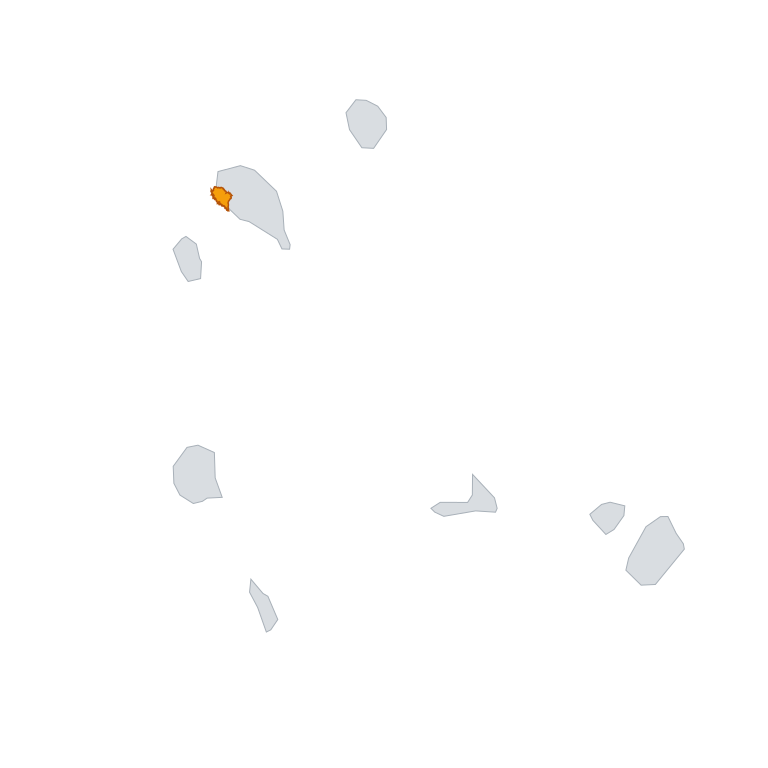 location of Nossa Senhora Da Luz, São Domingos, Cabo Verde, rotated 161°
{"feature_id": "66160863B49789826079472", "entity_name": "Nossa Senhora Da Luz", "entity_type": "district", "adm_level": 2, "iso_a3": "CPV", "parent_name": "Cabo Verde", "parent_adm1": "São Domingos", "projection": "equal_earth", "projection_center": [-23.458, 15.031], "detail": "fine", "context": "in_parent", "style": "filled", "palette": "amber", "viewbox_px": 768, "rotation_deg": 161, "n_neighbors": 0, "source": "geoboundaries", "source_scale": "gbopen_adm2", "svg_char_len": 5604}
<svg xmlns="http://www.w3.org/2000/svg" viewBox="0 0 768 768"><g transform="rotate(161 384 384)"><path d="M482.3,617.3L471.8,638.9L448.7,637.2L436.8,628.3L422.9,601.2L423.4,580.3L428.3,562.1L427.4,546.3L429.4,542.2L436.5,544.9L437.7,555.5L458.7,581.5L466.5,586.6L482.3,617.3ZM182.7,163.8L165.8,168.6L158.7,166.3L156.4,147.7L153.0,135.5L153.8,130.1L192.7,106.1L206.4,110.1L215.9,129.2L209.3,139.8L182.7,163.8ZM573.9,329.5L588.4,333.7L593.9,332.2L603.2,333.1L613.1,345.4L615.0,358.5L610.1,374.8L590.9,388.2L579.8,386.7L566.7,374.4L574.2,350.2L573.9,329.5ZM331.6,652.9L318.0,661.9L308.5,658.0L299.5,648.7L295.2,635.3L298.7,623.8L317.1,610.2L328.0,614.6L333.8,635.7L331.6,652.9ZM370.5,239.4L377.7,246.3L380.1,251.2L369.4,253.8L343.5,244.8L336.6,250.3L329.7,269.7L316.6,240.4L317.5,229.6L320.3,226.5L338.7,234.2L370.5,239.4ZM528.0,587.1L523.2,588.0L515.9,577.4L517.5,562.8L516.7,559.0L523.1,543.4L535.8,544.7L539.0,556.3L539.6,580.1L528.0,587.1ZM231.8,193.8L217.5,199.3L208.7,198.6L196.0,190.4L200.0,181.5L213.8,171.6L223.2,169.5L230.9,187.1L231.8,193.8ZM578.9,230.9L573.4,242.8L566.6,225.3L562.9,221.1L561.1,195.9L571.1,188.4L576.0,187.8L576.2,213.8L578.9,230.9Z" fill="#d9dde1" stroke="#a8b0b8" stroke-width="1"/><path d="M468.3,609.2L468.0,609.5L467.7,610.3L467.7,610.7L468.0,611.1L467.9,611.5L467.7,611.5L467.3,611.7L466.4,611.7L466.7,612.4L466.9,613.1L467.1,613.6L467.6,614.1L467.8,614.1L467.5,614.7L468.1,615.1L468.4,615.1L468.5,615.2L468.5,615.4L468.7,615.1L469.0,615.7L469.2,615.8L469.4,616.0L469.5,616.0L469.8,616.1L471.0,616.0L470.8,616.2L470.6,616.6L470.7,616.8L470.7,617.5L470.8,617.7L470.8,617.8L471.3,618.1L471.4,618.6L471.8,618.8L471.9,619.1L471.7,619.6L471.9,619.8L472.0,620.2L472.3,620.4L472.2,620.5L472.1,620.8L472.3,621.0L472.5,621.3L472.5,621.7L473.0,621.9L473.3,622.4L473.6,622.5L473.8,622.8L474.0,622.8L474.3,622.9L475.0,622.7L475.1,622.9L475.3,622.8L475.5,623.1L475.8,623.1L476.2,623.5L476.4,623.5L476.5,623.7L476.6,623.8L477.4,623.6L477.6,623.8L478.3,624.8L478.7,624.9L479.2,625.3L479.6,625.5L479.9,625.5L480.0,625.6L480.3,625.4L480.3,625.1L480.5,625.1L480.5,624.8L480.7,624.6L480.9,624.4L481.0,624.4L481.1,624.5L481.3,624.4L481.5,624.2L481.7,623.8L481.8,623.8L481.9,623.6L482.1,622.7L482.4,622.4L482.7,622.4L482.9,622.5L483.1,622.3L483.2,622.5L483.4,622.6L483.4,623.0L483.8,623.2L484.0,623.8L484.1,623.3L484.3,623.1L484.6,623.0L484.7,622.8L484.6,622.6L484.9,622.1L484.6,621.7L484.4,621.6L484.4,621.4L484.4,621.2L484.4,620.9L484.5,620.7L484.4,620.5L484.4,620.3L484.5,620.3L484.7,620.1L484.9,619.9L484.8,619.7L485.1,619.5L484.8,619.5L484.8,619.4L484.5,619.7L484.3,619.8L484.3,619.5L484.1,619.5L484.1,619.3L483.9,619.2L483.7,618.8L484.1,618.7L484.2,618.8L484.5,618.6L484.7,618.8L484.8,619.1L484.9,618.7L485.1,618.6L485.1,618.4L484.9,618.4L484.8,618.1L484.7,618.2L484.6,617.9L484.5,618.0L484.4,618.3L484.3,618.2L484.2,618.3L484.0,618.2L483.9,618.1L483.6,617.7L483.8,617.6L483.7,617.4L483.9,617.3L483.9,617.1L484.1,617.1L484.0,616.9L483.9,617.0L483.8,616.8L483.9,616.7L484.0,616.8L484.0,616.7L484.1,616.4L484.3,616.3L484.7,616.7L484.8,616.4L484.7,616.3L484.8,616.2L484.7,616.1L484.8,616.1L484.6,616.1L484.6,615.9L484.5,615.7L484.8,615.4L484.7,615.4L484.6,615.2L484.4,615.3L484.4,615.2L484.2,615.0L484.2,614.8L484.2,614.7L484.1,614.4L484.2,614.2L484.0,613.8L483.8,614.0L483.7,614.2L483.5,614.5L483.4,614.5L483.2,614.8L483.0,614.7L482.9,614.5L482.8,614.3L483.1,614.1L483.1,613.8L483.2,613.7L483.1,613.4L482.9,613.2L482.8,612.9L482.9,612.5L483.0,612.3L483.0,612.1L482.8,612.1L482.9,611.6L482.8,611.3L482.6,611.3L482.7,611.0L482.8,610.7L482.9,610.4L482.8,610.5L482.5,610.4L482.4,610.2L482.5,609.7L482.6,609.4L482.2,609.6L482.0,610.0L481.9,610.0L482.0,609.8L481.8,609.9L481.5,609.7L481.4,609.8L481.2,610.0L480.9,610.1L480.7,610.1L480.7,609.8L480.9,609.6L480.7,609.7L480.3,609.8L480.2,609.7L480.4,609.3L480.4,609.2L480.5,609.0L480.5,608.9L480.8,609.0L481.0,609.0L481.3,609.1L481.2,609.2L481.4,608.8L481.9,609.2L481.9,608.8L482.1,608.6L481.9,608.5L481.9,608.4L481.9,608.2L481.4,607.8L481.4,607.6L481.2,607.7L481.1,607.4L480.9,607.5L480.9,607.3L480.9,607.5L480.8,607.3L480.7,607.4L480.8,607.5L480.7,607.5L480.7,607.3L480.3,607.0L480.1,607.0L480.0,606.9L479.9,607.0L479.9,606.8L479.8,606.7L479.7,606.6L479.4,606.7L479.3,606.8L479.1,606.7L479.0,606.3L479.1,606.2L479.2,605.9L478.9,605.8L479.1,605.5L478.9,605.5L478.9,605.4L479.2,605.4L479.1,605.2L479.0,605.3L478.9,605.3L478.7,605.3L478.6,605.0L478.4,605.0L478.2,605.0L478.0,604.9L478.1,604.7L477.9,604.6L477.7,604.6L477.8,604.7L477.6,604.8L477.4,604.8L477.2,604.6L477.1,604.3L477.2,604.0L477.3,603.9L477.4,604.0L477.5,603.9L477.4,603.7L477.2,603.6L477.3,603.5L477.1,603.6L477.1,603.4L477.0,603.2L477.0,603.3L477.0,603.2L477.0,602.8L477.1,602.7L476.9,602.8L476.9,602.7L476.8,602.8L476.7,602.7L476.8,602.5L476.7,602.5L476.7,602.4L476.8,602.2L476.7,602.1L476.4,602.0L476.2,602.1L476.0,601.8L476.2,601.7L475.9,601.6L475.9,601.3L476.0,601.3L475.9,601.2L476.0,601.0L475.9,601.0L475.9,600.9L476.0,600.5L476.0,600.3L476.0,600.2L476.0,600.3L476.0,600.2L475.9,600.1L475.6,600.0L475.6,599.9L475.6,600.0L475.5,599.8L475.3,599.8L475.4,599.7L475.2,599.7L475.3,599.5L475.2,599.2L475.3,599.3L475.3,599.2L475.3,598.9L475.2,598.9L475.3,598.9L475.2,598.8L475.3,598.8L475.2,598.6L474.9,598.7L474.6,598.4L474.4,598.3L474.3,598.8L474.4,599.1L474.4,599.5L474.3,599.8L474.3,600.2L474.1,600.4L473.9,600.9L474.0,601.0L474.0,601.3L473.7,602.3L473.7,602.5L473.3,602.8L472.7,604.3L472.5,605.0L472.6,605.5L472.4,606.2L472.2,606.6L471.6,607.0L471.4,607.6L470.9,607.9L470.6,608.0L469.6,608.7L469.2,609.2L468.3,609.2Z" fill="#f59e0b" stroke="#b45309" stroke-width="1.5"/></g></svg>